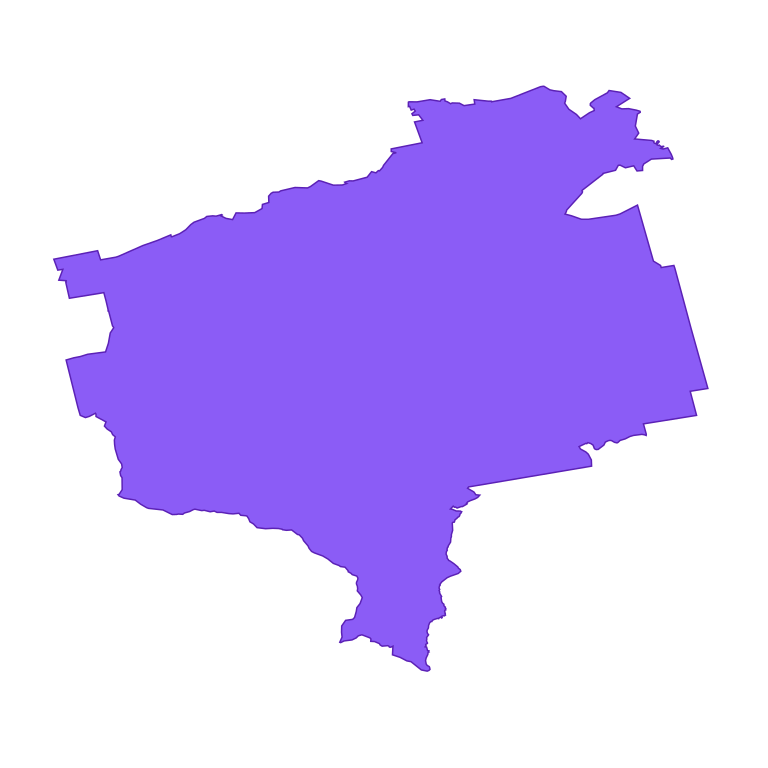 the district of Rendas pag., Kuldigas, Latvia, rotated 177°
{"feature_id": "27541924B10762740243269", "entity_name": "Rendas pag.", "entity_type": "district", "adm_level": 2, "iso_a3": "LVA", "parent_name": "Latvia", "parent_adm1": "Kuldigas", "projection": "robinson", "projection_center": [22.21, 57.075], "detail": "fine", "context": "isolated", "style": "filled", "palette": "violet", "viewbox_px": 768, "rotation_deg": 177, "n_neighbors": 0, "source": "geoboundaries", "source_scale": "gbopen_adm2", "svg_char_len": 6139}
<svg xmlns="http://www.w3.org/2000/svg" viewBox="0 0 768 768"><g transform="rotate(177 384 384)"><path d="M690.8,376.2L689.0,368.6L683.9,366.1L679.9,367.1L673.7,369.9L673.2,368.9L673.3,366.6L663.6,360.7L665.4,356.6L662.8,353.5L658.8,350.5L657.6,347.6L655.1,345.3L656.2,342.1L656.2,337.8L655.8,333.1L653.3,322.7L650.2,317.9L649.8,314.3L651.1,312.3L651.4,311.0L652.3,310.1L651.8,306.3L650.5,304.1L651.0,292.2L654.3,287.7L655.4,287.4L654.4,286.0L649.7,283.6L638.5,281.1L633.3,276.7L627.5,272.9L625.6,272.1L611.4,269.8L602.3,264.7L598.0,264.6L596.1,264.9L591.8,264.4L590.1,265.6L584.8,266.8L581.1,268.5L579.4,268.9L572.6,267.1L570.1,267.3L564.3,265.5L560.2,266.0L557.4,264.5L553.0,264.3L545.7,262.7L541.5,262.2L535.6,262.5L533.9,260.4L528.6,259.6L527.7,259.2L526.2,256.6L525.1,253.4L521.7,251.1L518.3,247.2L509.9,245.7L502.6,245.7L496.9,245.2L493.3,244.3L493.0,243.8L489.1,243.0L483.9,243.1L478.3,238.3L476.5,237.8L474.3,235.2L473.5,234.3L472.5,231.7L468.4,226.4L467.4,223.8L465.1,220.6L462.4,219.0L454.2,215.5L449.2,212.2L444.0,207.5L438.4,205.1L437.1,204.0L432.5,203.1L429.6,199.4L429.6,198.4L426.9,196.7L425.7,195.3L421.2,193.6L420.2,191.5L420.6,189.7L421.8,187.5L422.0,185.9L421.2,183.5L421.0,181.0L421.5,178.8L418.2,174.5L416.9,171.8L419.4,166.0L422.8,162.1L423.6,158.3L425.6,152.4L427.6,150.6L434.7,150.0L438.9,144.6L439.4,138.3L439.1,133.5L441.7,128.4L440.8,128.0L437.3,129.5L429.3,130.1L425.0,131.9L422.8,133.9L419.2,134.7L411.3,131.2L410.4,130.0L410.7,127.7L406.9,127.3L402.2,125.0L401.5,123.6L399.6,122.3L393.9,122.5L392.8,121.9L392.4,121.0L391.0,120.8L388.8,121.7L389.7,113.1L382.3,110.2L375.7,106.3L371.6,105.3L361.7,96.5L355.9,95.0L354.1,95.6L353.0,96.6L353.3,98.6L353.6,99.4L355.6,100.7L356.5,102.1L357.0,105.6L356.2,108.3L354.4,111.6L354.0,113.8L353.3,114.0L353.6,114.3L353.1,115.1L354.5,115.6L355.2,119.0L356.6,119.4L355.7,120.4L356.0,121.3L355.9,121.8L354.2,122.7L354.2,123.3L354.7,124.2L355.0,125.8L354.6,126.9L354.7,128.6L352.6,131.2L353.7,132.8L354.0,134.7L353.8,135.8L352.4,138.1L352.1,140.6L350.8,143.3L349.7,144.2L348.6,144.3L348.1,145.3L346.7,146.1L343.0,147.1L341.7,146.8L341.5,147.3L339.7,148.2L338.6,147.3L338.1,147.8L338.6,148.8L338.4,149.1L336.6,149.5L335.8,149.3L334.7,150.0L335.0,150.7L334.8,151.6L335.2,152.1L335.0,153.0L335.4,153.9L335.1,154.8L334.1,155.2L334.3,156.0L334.0,156.5L334.6,157.2L334.4,157.9L335.8,159.5L335.7,160.9L337.0,162.1L337.8,163.8L338.2,168.1L337.6,168.7L339.5,172.5L339.2,173.3L339.8,175.0L339.1,175.9L339.7,177.4L339.2,179.3L338.7,179.8L338.9,180.3L338.4,180.5L338.5,181.2L336.6,183.4L331.0,187.3L327.7,188.6L319.8,190.9L317.1,193.0L317.6,194.7L319.3,196.2L319.9,197.5L323.7,201.0L327.5,203.9L328.7,204.5L328.9,205.2L330.0,206.6L330.0,208.7L330.9,210.9L330.5,213.2L329.5,214.7L329.7,215.8L329.1,217.6L328.5,217.9L328.3,219.0L325.8,222.6L325.3,226.7L324.7,227.9L324.6,230.0L323.1,234.3L323.1,241.6L322.4,242.3L321.0,242.4L320.1,244.8L318.2,246.0L317.7,246.8L316.0,247.7L315.4,248.5L314.8,250.3L313.8,251.1L313.6,251.8L313.1,252.3L314.4,253.1L318.5,253.4L322.2,255.2L324.2,255.7L321.3,258.4L320.2,257.3L318.9,257.3L317.5,256.3L313.4,257.5L312.0,257.5L307.6,259.7L307.3,260.0L307.9,260.4L306.7,261.8L304.2,262.9L299.1,264.5L296.4,265.8L294.2,268.0L298.1,268.6L299.8,271.4L306.0,275.5L304.9,276.8L181.0,291.1L180.9,297.3L183.7,303.3L186.0,305.6L191.2,308.8L192.5,311.3L185.4,314.2L184.6,313.8L183.5,314.8L180.6,313.7L178.4,312.0L177.3,308.6L176.6,307.9L175.4,307.4L173.5,307.5L167.6,311.5L166.0,314.4L163.2,315.6L161.3,315.9L159.6,315.5L156.9,313.7L154.4,313.0L153.4,313.4L151.2,315.3L145.9,316.6L141.2,318.7L137.5,319.6L129.1,320.2L126.5,319.6L124.9,318.9L124.7,320.1L127.0,330.6L73.5,336.3L78.6,360.7L60.8,362.6L74.5,423.7L87.4,484.0L88.3,487.2L101.1,485.8L101.6,487.9L108.5,492.6L121.5,549.4L139.3,541.5L143.5,540.4L171.2,537.8L178.3,538.2L188.0,542.2L194.3,544.2L192.9,546.6L192.5,548.1L176.4,564.1L175.7,565.5L176.2,566.6L175.9,567.1L154.4,582.1L154.3,582.8L141.6,585.3L138.6,590.1L136.8,590.2L131.6,587.3L123.2,588.8L120.2,583.5L114.6,583.7L114.4,587.8L113.0,590.2L105.2,594.6L86.4,594.7L85.0,593.2L83.7,593.6L84.0,595.1L85.1,598.3L88.3,605.0L92.9,604.1L95.3,604.8L91.8,606.8L95.0,606.6L96.6,608.2L97.5,607.9L98.9,608.6L98.9,609.1L96.6,611.3L96.6,611.9L97.3,612.4L97.7,612.5L98.7,611.8L99.6,610.0L100.0,609.8L101.5,610.4L101.9,611.2L101.7,612.3L103.9,613.2L120.9,615.6L116.5,621.2L119.5,628.4L116.8,640.3L113.9,641.9L113.9,642.5L114.1,643.0L117.8,644.3L125.4,646.2L132.1,646.3L137.4,648.7L123.7,656.4L132.1,662.8L143.9,665.3L145.7,663.1L158.6,656.9L162.7,653.9L163.3,653.1L163.4,651.5L160.2,648.3L159.9,648.3L159.7,646.1L164.7,644.1L173.9,638.6L177.7,643.1L185.0,648.7L188.9,655.0L188.1,656.8L187.0,661.8L191.5,666.7L199.0,668.0L203.0,669.1L208.6,672.9L209.4,673.0L212.2,672.7L242.4,662.6L261.8,660.2L261.9,660.8L265.1,661.0L279.1,663.2L278.7,658.8L289.5,657.8L294.0,660.5L301.2,661.1L302.8,660.4L305.9,662.5L308.3,663.5L308.4,665.5L311.8,665.1L313.2,663.4L323.1,665.5L336.2,664.0L344.3,664.5L344.9,664.2L345.2,659.7L343.9,659.9L342.5,656.1L339.6,656.9L338.5,654.9L342.0,652.4L341.2,650.7L335.3,651.0L331.4,645.3L339.8,644.1L333.3,622.9L364.5,618.4L364.6,615.8L359.6,614.3L363.1,613.6L373.0,602.4L374.0,600.4L377.3,597.1L378.5,597.4L381.0,595.3L385.3,596.7L390.0,591.4L404.2,588.4L408.0,588.7L412.7,587.6L411.8,586.4L411.0,586.1L415.2,584.9L424.1,585.2L436.1,589.9L438.6,590.5L447.0,585.1L450.1,583.8L462.6,584.9L477.0,582.3L479.0,581.2L484.8,581.3L486.8,580.3L489.4,577.6L489.5,571.3L496.0,569.7L496.6,565.6L504.1,561.9L514.4,562.0L522.8,562.6L526.6,556.1L533.2,557.7L538.5,560.7L536.8,561.3L537.2,561.7L542.9,560.4L546.2,560.9L552.2,560.6L554.7,558.8L565.3,555.5L568.6,553.3L573.9,548.4L580.2,544.8L588.1,542.1L588.7,542.2L589.1,544.1L602.8,539.2L617.5,534.9L642.5,525.4L645.1,524.7L660.5,522.8L663.0,532.1L707.2,525.9L703.8,514.8L698.7,515.3L703.3,504.7L696.0,503.8L696.1,502.3L696.4,502.3L696.3,501.2L693.7,486.1L659.0,489.9L657.2,481.4L655.7,473.1L655.7,471.5L655.3,471.6L655.0,470.5L652.1,456.3L651.1,454.8L651.0,454.3L654.7,449.3L657.1,439.1L660.4,430.6L678.4,429.2L685.9,427.3L692.4,426.4L700.2,424.6L690.8,376.2Z" fill="#8b5cf6" stroke="#5b21b6" stroke-width="1.5"/></g></svg>